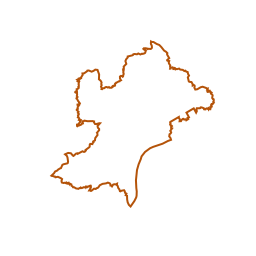 the district of Mueang Mukdahan, Mukdahan, Thailand, rotated 61°
{"feature_id": "78962969B66704164084877", "entity_name": "Mueang Mukdahan", "entity_type": "district", "adm_level": 2, "iso_a3": "THA", "parent_name": "Thailand", "parent_adm1": "Mukdahan", "projection": "mercator", "projection_center": [104.628, 16.533], "detail": "fine", "context": "isolated", "style": "outline", "palette": "amber", "viewbox_px": 256, "rotation_deg": 61, "n_neighbors": 0, "source": "geoboundaries", "source_scale": "gbopen_adm2", "svg_char_len": 5782}
<svg xmlns="http://www.w3.org/2000/svg" viewBox="0 0 256 256"><g transform="rotate(61 128 128)"><path d="M197.9,163.8L195.0,157.9L192.7,154.5L191.5,153.4L187.7,151.1L184.5,149.8L177.6,146.4L169.1,140.5L164.9,136.3L161.4,131.9L159.4,129.9L157.2,124.7L156.4,118.5L156.7,115.1L158.5,105.4L158.7,99.3L159.2,96.1L157.4,95.7L155.3,96.0L153.6,94.7L153.4,93.2L152.7,92.3L151.0,92.4L149.7,89.6L148.9,90.3L147.9,89.7L147.6,88.6L147.1,88.7L146.3,89.5L145.5,89.1L145.2,89.3L144.5,88.5L143.8,88.6L143.2,88.1L143.0,78.2L144.0,78.7L145.0,78.4L146.0,78.7L147.1,79.6L147.7,78.3L147.0,77.4L146.6,75.7L146.9,75.0L147.9,74.8L148.4,73.2L149.5,73.3L149.4,71.0L148.1,71.0L148.2,69.5L142.9,69.4L142.7,61.0L147.6,61.0L146.7,59.7L144.8,59.0L144.1,58.3L145.6,55.5L145.6,55.0L145.2,54.5L145.7,53.6L147.5,52.1L148.5,52.4L148.9,51.9L149.2,51.4L148.9,51.2L149.0,49.7L149.5,49.4L149.5,48.5L149.9,48.9L150.4,48.7L150.3,48.3L150.9,48.4L150.7,48.0L150.9,48.0L150.9,46.9L151.3,46.7L151.1,46.5L150.6,46.7L150.4,46.1L149.7,45.7L149.9,44.9L149.5,44.7L149.6,44.4L148.2,44.3L147.9,43.7L148.1,43.2L147.6,43.0L148.0,41.8L147.5,40.9L147.3,41.1L146.8,40.9L146.9,40.7L146.3,40.4L146.1,40.0L144.6,39.2L144.2,39.2L143.9,39.7L142.5,39.8L140.4,38.1L139.1,38.3L138.3,38.8L137.8,38.7L137.5,37.9L136.9,38.4L136.4,38.2L135.8,39.0L135.5,38.8L135.5,39.1L135.0,39.1L135.3,40.2L135.0,40.9L134.2,40.8L133.8,40.0L133.6,40.2L133.2,39.9L133.0,40.1L132.8,39.7L133.1,39.6L132.7,39.5L133.0,39.3L132.5,39.5L132.1,39.1L131.8,39.9L130.8,40.3L128.1,42.7L127.6,44.6L127.7,48.6L127.0,50.5L124.9,50.4L123.8,49.4L123.1,49.2L122.0,49.8L122.1,50.8L120.9,50.2L118.6,50.2L117.3,52.0L116.6,52.2L112.7,51.1L111.7,49.2L110.1,49.3L107.9,48.7L107.0,49.7L105.7,50.0L105.5,51.1L103.7,51.9L102.2,54.0L100.8,54.5L100.3,56.6L99.7,57.2L99.7,58.0L98.5,57.8L98.1,58.1L98.6,59.4L98.4,59.8L97.0,59.4L96.6,59.5L96.0,61.3L96.7,62.0L96.5,62.4L95.6,61.6L94.8,61.5L93.8,60.7L91.4,60.9L90.5,60.6L89.4,59.5L88.3,60.9L87.6,60.9L86.9,58.1L82.8,58.2L81.6,57.6L81.5,57.3L79.7,57.8L77.8,58.9L73.4,59.6L70.5,60.4L68.5,62.1L65.2,64.0L64.2,65.5L63.5,65.9L65.1,67.0L66.1,67.3L67.2,67.2L69.0,67.9L69.7,68.6L69.9,69.8L68.5,71.9L68.6,72.5L68.0,72.9L67.6,72.9L66.7,74.1L66.9,74.7L66.0,75.3L66.2,76.2L66.6,76.2L69.0,74.9L70.6,76.6L70.7,77.4L70.3,79.3L69.8,79.7L69.7,81.5L67.8,82.9L67.9,84.4L66.5,86.3L66.1,87.6L66.6,88.4L66.5,89.2L65.3,93.6L66.2,94.1L67.0,96.3L68.2,97.8L71.1,98.4L72.2,102.0L73.7,102.6L74.0,103.3L74.7,103.4L74.6,103.8L75.3,103.8L75.6,104.5L76.7,104.7L77.3,105.3L78.6,105.5L79.5,106.5L79.6,107.1L79.9,106.9L80.4,107.2L80.6,107.8L79.7,108.2L79.0,108.9L79.1,110.1L80.8,111.0L82.8,111.0L82.6,111.7L83.1,112.7L82.7,113.5L82.8,115.2L82.6,116.3L82.9,116.7L82.8,117.3L83.1,118.0L84.2,118.4L84.7,119.1L84.3,119.9L84.4,120.3L83.9,120.4L83.9,121.0L84.1,121.7L84.7,122.0L84.8,122.9L84.0,124.4L83.0,124.8L83.1,125.3L82.8,126.1L81.9,126.7L81.5,127.3L81.4,128.5L81.7,129.3L81.1,130.6L81.5,131.8L81.1,132.3L80.3,131.6L78.8,131.6L77.7,130.2L76.6,130.1L75.3,129.0L73.3,129.0L71.3,129.8L67.2,127.3L62.4,126.5L61.1,128.3L61.3,130.5L61.1,132.5L58.7,134.4L58.1,135.7L58.5,136.3L58.9,139.8L58.2,141.4L59.6,141.9L60.9,144.3L61.7,144.8L61.4,145.5L61.7,146.1L61.1,146.0L60.8,147.3L61.3,147.9L61.2,148.7L61.7,148.4L61.7,149.0L62.4,149.0L62.5,148.5L63.4,148.3L63.3,149.1L63.8,148.8L64.5,148.9L65.6,150.0L66.2,150.0L67.8,150.9L68.0,151.6L69.0,151.6L69.4,153.0L69.2,154.1L71.4,155.0L70.7,156.2L71.0,156.8L71.6,156.7L72.5,155.6L74.1,156.3L75.2,157.3L76.4,157.1L76.9,158.6L77.2,158.8L78.2,158.4L79.9,158.6L81.1,158.3L81.9,158.5L83.1,158.1L83.7,158.9L83.0,160.8L83.4,161.0L84.5,160.1L85.4,162.0L87.0,162.6L86.9,163.7L87.3,164.1L89.9,163.4L90.4,164.5L91.9,164.2L92.4,164.6L92.6,165.6L93.6,165.8L94.4,166.7L95.1,166.1L96.3,166.0L97.1,167.0L98.0,165.7L98.5,166.7L99.6,166.8L100.6,170.1L101.6,170.4L101.3,170.8L100.6,170.7L100.4,171.0L101.5,171.6L101.9,171.5L101.8,170.4L102.3,168.1L102.3,166.9L101.8,166.1L102.1,165.2L100.0,164.6L100.6,163.3L100.4,162.6L102.5,160.0L104.8,155.6L105.8,154.5L106.4,155.0L108.5,154.9L109.1,154.0L109.9,150.8L110.3,150.2L111.5,153.7L113.2,154.2L114.8,153.7L115.9,154.3L117.1,157.4L117.5,157.3L119.4,158.1L120.9,161.5L122.8,162.9L122.9,165.0L123.8,165.1L124.2,166.5L124.8,167.0L123.6,168.7L123.8,169.2L124.1,169.6L125.4,170.3L126.0,171.0L126.6,175.4L127.0,175.6L126.8,176.0L127.6,176.6L127.8,177.5L127.4,178.3L126.3,179.1L126.2,184.5L125.6,184.5L125.2,185.8L126.0,189.2L125.4,189.6L122.4,190.2L120.8,192.4L120.5,195.6L120.5,195.8L122.7,195.0L124.4,195.2L128.3,196.7L129.4,197.6L129.5,198.3L128.5,201.8L128.4,203.2L130.6,206.1L130.4,206.8L130.5,209.4L130.9,210.4L130.7,212.9L131.7,214.6L132.6,218.1L133.2,217.7L133.5,217.0L134.6,216.2L134.9,215.5L135.9,215.4L136.7,213.0L139.4,211.0L140.7,210.4L142.1,211.9L143.6,212.3L144.9,211.0L145.3,209.6L145.9,209.3L145.9,208.4L146.3,208.5L146.6,207.9L147.1,208.0L147.1,207.6L147.4,207.8L148.1,206.7L147.9,206.4L148.3,206.4L148.1,206.2L148.8,205.6L149.1,205.8L149.9,204.9L151.1,205.4L152.5,204.7L153.2,204.8L153.9,203.7L155.6,202.8L157.2,200.8L157.0,199.6L157.6,198.6L157.2,198.2L158.2,197.4L158.3,195.5L158.7,195.2L159.0,193.7L159.4,193.7L159.1,193.3L159.7,193.1L159.8,192.7L159.5,192.6L159.8,192.4L159.5,192.0L160.2,190.8L159.9,190.0L160.3,188.6L160.9,188.6L161.4,189.4L162.2,189.4L162.9,190.7L163.6,190.9L163.6,191.9L163.8,192.2L164.3,191.1L164.9,191.1L165.2,190.5L164.6,187.1L165.7,185.8L165.4,184.7L165.7,183.6L165.4,182.4L164.4,180.5L164.5,177.4L165.8,174.0L166.0,172.1L167.5,170.8L168.8,170.7L169.8,171.2L170.2,170.5L171.3,170.3L170.3,168.5L170.5,167.3L171.3,166.3L171.4,164.6L172.5,165.4L173.5,165.1L175.9,165.6L177.5,165.3L179.3,165.7L179.7,165.4L179.7,164.1L180.5,161.6L181.7,161.5L183.3,162.0L184.6,161.2L185.6,162.6L186.8,161.7L190.1,163.4L192.8,164.3L195.6,164.5L197.9,163.8Z" fill="none" stroke="#b45309" stroke-width="2"/></g></svg>